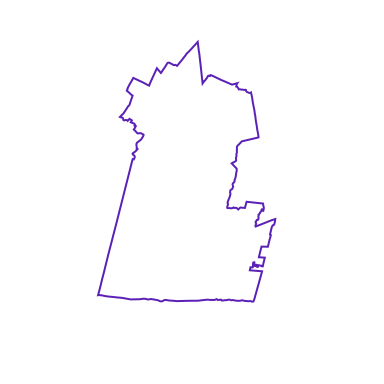 the district of Hoa Binh, Bạc Liêu, Vietnam, rotated 28°
{"feature_id": "81297802B62740202990840", "entity_name": "Hoa Binh", "entity_type": "district", "adm_level": 2, "iso_a3": "VNM", "parent_name": "Vietnam", "parent_adm1": "Bạc Liêu", "projection": "natural_earth1", "projection_center": [105.623, 9.258], "detail": "fine", "context": "isolated", "style": "outline", "palette": "violet", "viewbox_px": 384, "rotation_deg": 28, "n_neighbors": 0, "source": "geoboundaries", "source_scale": "gbopen_adm2", "svg_char_len": 5881}
<svg xmlns="http://www.w3.org/2000/svg" viewBox="0 0 384 384"><g transform="rotate(28 192 192)"><path d="M260.0,168.8L259.5,169.1L244.8,175.0L246.2,181.2L244.0,182.2L242.2,182.9L241.9,183.2L241.0,185.7L239.1,185.2L238.4,185.3L237.9,185.5L237.0,186.2L236.5,186.3L236.0,186.1L235.9,186.2L235.2,187.2L235.0,187.5L234.5,187.8L231.1,189.4L230.6,189.5L230.4,189.3L229.9,188.1L229.7,186.3L229.3,185.5L228.8,185.2L228.4,184.7L228.2,184.2L228.1,183.5L228.0,182.1L227.8,181.4L227.8,179.7L227.5,178.8L227.5,177.8L227.4,177.4L227.1,176.8L226.9,175.7L226.7,175.4L226.6,175.2L225.9,174.6L225.7,174.4L225.3,173.1L225.1,172.4L225.2,172.1L225.5,171.4L225.9,170.8L226.1,170.3L226.1,169.9L225.9,169.1L225.9,168.6L225.9,168.2L225.7,167.8L224.5,166.6L224.3,166.2L224.1,165.8L224.1,164.9L224.2,164.6L224.5,164.2L224.6,162.4L224.0,161.8L223.9,161.3L223.9,160.5L223.6,158.7L223.1,157.1L222.4,155.4L221.4,152.0L220.8,150.9L220.5,150.5L219.0,149.9L213.6,148.1L214.0,147.5L214.4,146.7L215.2,145.8L215.5,145.1L216.0,144.5L216.1,144.0L216.2,143.6L215.8,142.8L215.0,141.7L214.8,141.3L214.6,140.1L214.4,139.5L213.6,138.0L213.3,137.3L213.2,136.3L211.9,133.9L211.4,132.7L210.6,131.4L210.4,130.6L210.5,129.6L211.0,128.3L212.2,123.9L224.3,113.3L225.1,112.5L222.9,109.4L220.4,106.4L217.7,102.7L214.9,99.1L212.2,95.2L211.5,94.3L211.0,93.8L208.6,90.4L203.5,84.2L201.2,81.0L199.9,79.4L198.4,77.6L197.4,76.5L197.3,76.8L196.9,77.1L196.3,77.5L195.6,77.7L194.3,77.8L193.4,77.8L192.8,77.7L192.4,77.5L192.1,77.2L191.7,76.6L191.2,76.7L189.6,77.6L188.2,78.0L187.5,78.4L186.5,78.7L185.4,79.2L185.2,79.4L184.0,78.6L183.0,78.1L182.5,78.0L181.5,78.1L181.4,77.8L181.4,77.2L181.3,76.9L180.9,75.9L180.8,75.5L180.9,74.7L178.7,76.8L176.9,78.4L167.9,79.1L165.0,79.4L162.1,79.5L156.7,79.7L154.2,79.9L153.5,80.0L153.3,80.3L153.5,80.7L153.5,80.8L153.5,81.0L153.3,81.2L152.3,81.5L152.0,81.6L151.7,81.9L151.6,82.2L151.6,82.7L151.7,83.5L151.7,83.9L151.3,85.9L151.3,86.6L150.9,88.1L150.7,88.3L150.7,88.9L150.4,91.2L148.4,88.2L147.6,87.1L142.6,79.7L140.0,75.9L133.2,66.0L131.9,64.4L126.6,56.8L123.4,69.1L122.6,71.5L122.5,72.0L122.3,72.3L122.3,72.7L122.1,74.5L121.5,77.8L121.4,78.8L120.3,84.2L119.7,87.4L119.5,87.7L118.6,87.5L118.1,87.5L117.9,87.5L117.5,87.7L116.6,88.4L116.0,88.6L115.5,88.6L114.7,88.4L112.5,88.6L111.6,88.5L111.3,88.5L110.3,88.9L109.9,89.5L109.8,89.9L109.3,96.0L109.1,97.2L108.9,100.0L108.7,101.5L107.4,101.0L102.9,99.2L103.8,114.5L104.2,118.2L102.0,118.3L96.8,118.3L91.6,118.6L86.6,118.8L86.6,120.9L86.4,125.2L86.4,130.3L86.5,131.2L86.8,131.4L86.9,133.2L89.9,133.8L92.2,134.5L94.3,134.8L95.6,142.8L95.9,144.3L95.9,144.7L95.6,145.7L95.4,146.0L95.2,148.4L94.6,154.9L93.9,156.8L93.1,159.6L93.5,159.6L95.2,159.1L96.0,159.1L96.5,159.4L97.5,160.5L97.8,160.7L98.2,160.7L98.5,160.6L99.3,159.8L100.4,159.2L100.8,159.1L101.8,159.4L102.0,158.2L102.3,157.9L102.4,156.8L103.1,156.8L105.1,156.9L105.3,157.0L105.3,157.5L105.3,159.2L107.4,158.9L108.2,158.7L108.5,158.7L109.5,159.1L109.8,159.1L109.9,159.3L110.0,160.4L110.1,160.5L110.4,160.5L110.6,160.3L110.7,160.0L110.8,160.0L111.3,160.0L111.5,160.4L111.5,162.3L111.3,164.2L113.3,164.7L115.7,165.6L116.2,165.7L116.6,165.7L117.0,165.6L117.7,164.9L118.3,164.6L119.0,164.2L119.6,164.1L120.2,164.0L120.7,164.1L121.8,164.1L122.2,164.1L122.5,164.3L122.6,164.9L122.7,166.1L122.6,167.1L122.5,168.8L122.4,169.4L122.0,170.5L120.4,174.1L120.3,174.8L120.3,175.1L120.4,175.7L120.8,176.5L121.2,177.1L122.2,178.4L122.4,178.7L122.7,179.7L122.9,179.8L123.0,179.9L123.5,179.7L123.8,179.7L123.8,179.9L123.4,180.9L123.2,182.0L123.1,182.4L122.4,184.0L121.6,185.5L121.5,185.8L121.7,186.3L122.1,186.6L123.9,186.9L124.4,187.2L125.0,187.9L125.2,188.5L125.3,190.5L124.2,190.8L124.5,192.3L139.6,253.8L147.7,287.5L152.1,304.9L153.8,312.1L154.9,316.2L156.1,321.1L157.5,327.2L158.0,326.8L160.8,325.6L164.7,324.5L167.6,323.4L170.7,322.1L176.0,320.0L179.7,318.4L188.1,315.7L191.4,313.9L196.2,311.2L198.8,309.3L200.9,308.2L202.1,307.9L203.2,307.8L204.1,307.2L206.1,305.7L208.8,304.8L212.9,303.5L214.0,303.5L214.8,303.5L215.9,303.2L217.2,302.3L217.9,301.0L218.5,300.2L219.6,299.6L222.6,298.6L227.0,296.6L229.6,295.6L238.9,290.3L248.6,285.0L254.2,281.1L256.2,279.8L259.5,278.4L261.0,277.5L262.0,277.1L262.9,276.4L263.9,275.1L264.4,275.0L264.9,275.2L265.6,275.2L267.9,273.6L268.3,273.4L268.6,273.5L269.0,273.8L269.4,273.8L269.9,273.5L272.1,271.9L273.8,271.0L274.2,270.5L274.6,270.0L275.1,269.7L276.2,269.3L277.0,269.3L278.0,268.9L278.8,268.2L282.2,267.2L285.4,265.6L287.0,264.1L287.8,263.8L288.5,263.8L289.3,263.5L293.0,262.0L294.7,260.9L295.6,260.7L296.3,260.7L297.6,259.9L297.5,259.2L297.4,257.7L297.3,257.1L296.3,252.6L292.9,237.1L291.1,229.1L279.8,234.0L279.0,231.0L280.8,230.2L281.0,229.9L279.3,225.9L279.2,225.5L279.3,225.3L279.8,224.9L280.1,224.8L281.3,227.2L281.6,227.5L281.9,227.8L282.2,227.9L282.5,227.8L282.6,227.6L282.6,226.5L282.8,226.1L283.5,226.0L283.8,226.1L284.1,226.4L284.4,227.5L284.6,227.5L285.1,227.4L285.3,227.3L285.3,227.2L285.0,225.8L284.9,225.5L288.0,224.5L288.3,224.5L288.4,224.8L289.4,224.4L288.4,220.9L287.1,215.8L281.7,218.2L280.5,213.7L279.0,207.6L284.7,204.7L282.9,197.7L282.2,194.5L281.9,193.1L280.9,193.0L280.8,192.8L278.9,185.5L279.0,185.0L279.0,184.7L278.9,184.2L278.9,183.8L278.9,183.6L279.5,183.0L279.8,182.1L279.8,181.6L278.9,178.7L278.2,176.8L275.6,179.5L273.6,181.8L270.5,185.5L264.4,192.6L263.9,192.2L263.9,191.5L263.8,191.2L263.6,190.6L263.5,189.8L263.3,189.5L262.6,189.2L262.3,188.8L262.2,188.2L262.4,187.4L262.3,186.7L262.3,186.3L262.6,186.0L263.2,185.7L263.3,185.5L263.4,185.0L263.2,184.3L262.7,183.5L262.7,183.1L262.1,182.5L262.0,182.1L261.8,181.5L261.4,180.9L261.8,180.4L261.7,179.5L261.9,179.0L261.7,178.4L261.9,177.8L262.1,176.5L262.1,176.1L261.8,175.1L261.8,174.6L262.1,174.3L262.4,174.2L262.6,174.3L263.0,175.0L263.6,175.3L263.8,175.2L263.5,174.2L263.1,172.8L263.0,172.5L262.6,171.9L261.4,170.6L260.3,169.0L260.0,168.8Z" fill="none" stroke="#5b21b6" stroke-width="2"/></g></svg>